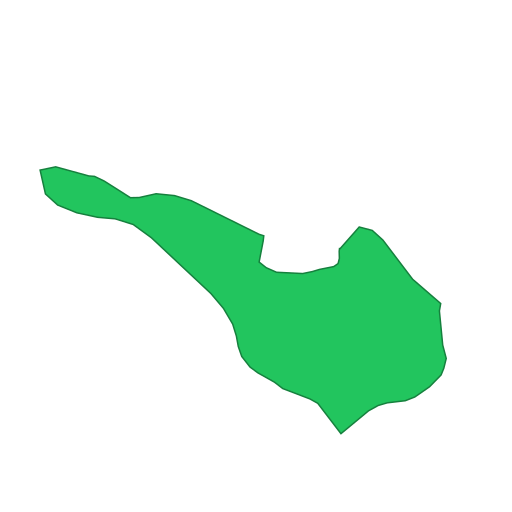 the Region of Siparia, rotated 43°
{"feature_id": "TTO-52", "entity_name": "Siparia", "entity_type": "Region", "adm_level": 1, "iso_a3": "TTO", "parent_name": "Trinidad and Tobago", "parent_adm1": "", "projection": "orthographic", "projection_center": [-61.668, 10.145], "detail": "fine", "context": "isolated", "style": "filled", "palette": "green", "viewbox_px": 512, "rotation_deg": 43, "n_neighbors": 0, "source": "natural_earth", "source_scale": "10m", "svg_char_len": 906}
<svg xmlns="http://www.w3.org/2000/svg" viewBox="0 0 512 512"><g transform="rotate(43 256 256)"><path d="M312.0,193.6L312.5,193.2L311.7,164.4L323.6,158.0L337.9,157.8L386.5,166.2L423.5,164.8L427.6,171.1L453.3,193.8L465.0,201.2L469.9,210.0L472.5,216.8L472.1,233.3L468.3,250.8L463.9,260.0L452.1,273.9L447.3,282.0L443.9,292.4L439.3,328.0L401.6,321.6L392.8,323.8L366.0,334.7L355.5,335.7L337.0,340.2L327.4,341.3L314.1,339.2L304.8,334.3L296.2,327.9L285.4,321.7L267.9,316.5L248.6,314.2L167.0,314.0L144.7,316.7L127.6,324.9L113.8,335.7L95.5,346.6L76.2,354.0L59.7,354.2L39.5,340.4L48.7,327.4L79.1,311.5L83.6,307.9L93.9,304.7L124.4,299.0L130.7,292.9L140.5,278.6L155.2,267.4L170.9,259.7L243.5,238.0L247.9,235.9L251.0,240.1L262.4,258.3L271.4,257.6L282.1,253.9L302.1,237.0L307.8,229.0L311.6,222.5L320.1,210.7L321.2,205.6L318.6,200.9L313.6,195.8L312.0,193.6Z" fill="#22c55e" stroke="#15803d" stroke-width="1.5"/></g></svg>